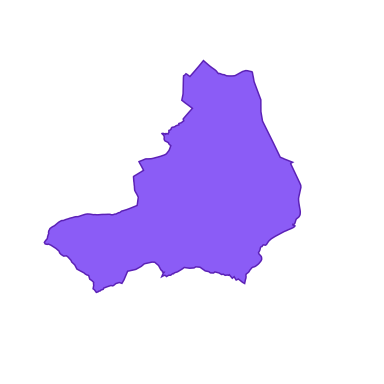 Stefanesti, Arges, Romania, rotated 209°
{"feature_id": "2599482B40982611727809", "entity_name": "Stefanesti", "entity_type": "district", "adm_level": 2, "iso_a3": "ROU", "parent_name": "Romania", "parent_adm1": "Arges", "projection": "natural_earth1", "projection_center": [24.947, 44.876], "detail": "fine", "context": "isolated", "style": "filled", "palette": "violet", "viewbox_px": 384, "rotation_deg": 209, "n_neighbors": 0, "source": "geoboundaries", "source_scale": "gbopen_adm2", "svg_char_len": 5951}
<svg xmlns="http://www.w3.org/2000/svg" viewBox="0 0 384 384"><g transform="rotate(209 192 192)"><path d="M245.7,312.5L247.1,304.8L248.0,300.5L248.0,300.4L249.8,292.0L252.1,292.3L253.7,292.5L254.6,292.5L254.8,291.7L255.1,290.4L255.7,289.6L254.9,287.8L250.8,280.0L247.9,274.5L247.4,273.5L247.2,273.0L245.4,267.3L241.1,266.6L237.9,266.2L232.2,265.4L233.3,260.5L233.8,258.1L234.4,255.3L234.9,252.9L235.1,251.5L234.0,250.6L233.8,250.4L233.7,250.1L234.0,249.7L235.0,247.3L235.1,247.2L236.7,245.5L236.3,244.8L236.3,244.5L236.1,244.4L238.1,242.2L238.4,241.5L238.7,240.8L238.9,240.6L239.0,240.5L239.5,240.0L239.7,239.7L240.1,239.4L240.3,239.3L240.7,239.1L240.9,238.5L241.0,238.1L241.0,237.9L241.0,237.7L240.9,237.5L241.0,237.3L240.8,236.8L240.9,236.4L240.9,236.1L241.1,235.7L242.0,234.8L242.0,234.5L241.9,234.2L241.6,233.8L241.3,233.5L241.1,233.1L241.1,232.8L241.2,232.4L241.3,231.7L241.1,231.2L241.9,230.9L243.2,230.5L243.3,230.3L243.2,229.9L242.8,229.7L242.5,229.4L242.7,229.5L243.0,229.5L243.5,229.6L243.9,229.7L244.7,229.5L245.3,229.4L246.0,229.1L246.4,228.8L246.6,228.6L246.3,228.4L246.0,228.3L245.7,228.2L245.2,228.1L244.6,228.0L244.2,227.8L243.9,227.6L243.6,227.4L243.3,227.1L243.2,226.9L242.8,226.4L242.6,226.1L242.5,225.9L242.5,225.7L242.4,225.5L242.3,225.3L242.2,225.1L242.1,224.8L241.9,224.7L241.2,224.0L240.9,223.8L240.3,223.6L240.0,223.6L238.6,223.7L237.1,223.7L236.7,223.8L236.5,223.7L236.3,223.5L236.0,223.2L235.5,222.9L235.0,222.7L234.3,222.5L233.9,222.4L233.3,222.4L233.1,222.4L233.0,222.2L232.9,221.7L232.8,221.0L232.6,220.0L232.3,217.8L232.3,217.4L232.3,216.8L232.7,214.3L232.8,213.7L232.9,213.2L233.1,212.6L233.4,212.1L233.6,211.7L234.0,211.2L234.7,210.3L235.7,209.3L236.3,208.5L237.5,207.3L239.2,205.6L240.2,204.7L241.7,203.2L242.8,202.2L243.4,201.7L243.6,201.5L244.5,200.9L246.1,199.9L247.2,199.3L248.5,198.5L248.9,198.1L251.1,195.3L251.7,194.6L253.1,192.9L252.2,192.2L248.5,189.9L246.5,188.6L245.2,187.7L244.9,187.4L247.4,183.0L249.2,179.8L249.7,179.0L250.2,178.0L250.6,177.4L250.6,177.2L250.5,176.8L250.4,176.7L249.6,175.5L249.1,174.7L247.8,172.8L247.3,172.2L246.0,170.2L245.0,168.9L244.8,168.5L243.9,167.1L243.1,165.9L242.9,165.7L242.5,165.4L241.7,164.8L239.2,163.3L236.7,161.6L236.5,161.4L236.4,161.2L236.2,160.8L235.5,158.9L234.1,155.4L233.6,153.9L233.5,153.6L234.5,152.3L238.8,147.0L240.7,144.8L243.4,142.0L244.3,141.2L245.2,139.0L246.2,138.3L246.8,137.4L247.8,135.9L249.1,135.0L249.6,134.3L250.7,133.4L251.1,133.2L251.8,132.9L252.7,132.8L253.4,132.5L254.5,131.9L256.1,130.9L257.8,129.9L258.7,129.4L260.2,128.5L262.1,127.2L263.5,126.3L264.2,125.9L265.9,125.2L267.1,124.4L268.5,123.9L270.5,123.2L272.8,122.1L274.6,120.7L276.5,118.7L278.5,116.5L279.7,115.2L281.6,114.1L282.9,113.0L284.2,111.6L285.9,110.1L287.5,108.3L289.0,106.8L290.6,104.8L292.3,103.7L294.0,100.9L295.9,95.9L297.3,93.8L298.5,91.2L298.4,90.0L298.4,88.4L297.8,86.9L297.1,86.1L297.1,85.1L296.9,84.3L296.6,82.8L296.2,81.9L296.0,80.6L296.4,79.2L296.6,77.6L296.7,76.3L295.2,75.4L293.2,76.0L292.4,76.8L290.0,77.1L283.6,76.7L279.5,75.8L278.3,74.6L276.2,73.9L273.2,73.7L270.9,75.3L268.9,75.0L264.5,73.5L263.4,72.5L259.2,71.4L255.3,68.8L247.3,68.9L245.5,68.5L243.5,68.5L242.7,68.8L241.8,68.8L239.2,66.2L236.8,66.0L234.2,65.3L233.7,64.0L232.7,62.7L231.6,59.4L230.0,59.2L227.0,57.8L225.7,59.2L225.4,60.1L224.4,60.9L224.0,62.2L222.5,63.8L222.6,65.2L220.7,67.5L217.6,70.9L215.8,71.5L215.2,72.4L214.2,75.0L211.7,77.6L209.0,78.1L208.9,82.1L209.9,91.5L206.0,94.9L203.6,97.1L200.3,102.4L198.9,106.1L193.0,111.3L190.6,112.5L185.6,111.5L183.3,110.0L181.2,108.7L180.0,108.6L179.0,107.7L177.5,108.3L177.8,106.9L177.4,103.3L176.0,105.5L174.9,106.1L173.3,105.7L172.1,107.8L170.3,108.9L169.3,111.3L168.5,111.5L168.2,112.8L166.0,115.1L163.4,119.6L162.2,122.2L157.1,124.2L153.4,126.6L152.4,128.4L148.5,130.1L142.2,129.4L138.7,130.5L136.7,130.2L133.9,131.6L133.2,133.2L129.1,134.3L126.1,134.2L124.8,135.3L122.6,135.2L120.9,136.5L119.6,136.9L119.3,137.7L114.9,136.1L114.1,138.3L110.7,136.4L109.2,138.4L104.0,137.5L101.6,137.5L102.7,141.0L103.1,142.8L103.6,144.0L104.6,145.5L104.8,146.6L104.3,147.7L103.8,148.9L103.6,149.5L103.5,150.8L103.5,151.7L103.3,152.8L103.1,153.7L103.0,154.5L102.5,155.6L101.6,156.4L100.7,157.5L100.2,158.4L99.8,159.3L99.2,160.7L98.8,162.0L98.6,163.1L98.5,163.7L98.3,164.6L98.3,166.1L98.4,166.8L98.7,167.4L99.1,168.0L99.6,168.7L100.1,169.1L100.9,169.5L101.6,169.7L102.6,170.1L103.4,170.3L104.0,170.8L104.4,171.1L104.4,171.5L104.4,172.6L104.4,173.4L104.5,174.4L104.6,174.6L104.8,175.3L105.0,176.0L105.2,176.7L105.1,177.3L104.8,177.9L104.3,178.3L104.3,178.8L104.3,179.6L104.1,180.0L103.9,180.4L103.4,180.6L102.8,180.8L102.1,181.0L101.6,181.8L101.4,182.2L101.3,184.3L101.0,186.6L99.9,189.7L97.7,193.6L92.1,202.3L90.7,204.0L89.7,205.4L87.3,208.4L86.1,210.2L85.6,211.4L85.5,212.2L87.9,212.1L88.0,212.6L87.9,212.6L87.5,212.9L87.4,212.9L87.2,213.2L87.0,213.7L86.9,213.9L86.9,214.6L87.5,217.5L87.6,218.0L87.7,218.4L87.7,218.5L87.6,218.8L87.6,219.0L87.5,219.4L86.7,221.3L86.6,221.5L86.4,222.4L86.4,223.0L86.4,223.3L86.4,224.0L86.5,224.2L86.6,224.9L86.7,225.0L86.9,225.5L87.0,225.8L87.5,226.8L87.9,227.5L88.8,228.7L91.0,231.4L93.2,234.2L94.2,235.6L94.8,236.5L95.5,237.7L95.8,238.3L96.2,239.5L96.4,240.1L97.1,242.5L97.9,245.1L98.9,248.5L99.1,249.0L99.5,249.6L99.8,250.0L100.0,250.4L100.4,250.8L103.2,252.9L119.2,264.4L119.6,264.9L118.4,266.8L122.2,266.3L127.4,265.6L128.2,265.6L131.7,265.2L144.3,274.1L164.7,288.2L170.7,295.7L176.5,306.0L191.1,318.5L191.3,318.7L193.6,321.6L196.0,324.4L196.7,325.3L197.4,326.1L198.1,326.2L200.7,325.4L202.2,325.0L203.8,324.3L205.0,323.1L206.2,321.9L207.9,319.2L208.7,317.9L209.5,316.6L210.1,315.7L210.7,314.7L211.9,313.8L213.1,313.0L214.5,312.2L215.8,311.5L218.1,310.4L219.4,310.3L220.7,310.2L222.3,309.5L225.2,309.1L226.2,308.5L226.3,308.4L227.2,308.7L228.3,309.1L229.1,309.5L230.2,309.8L231.2,310.0L232.9,310.2L234.9,310.4L236.2,310.6L237.7,310.8L239.2,311.1L243.4,312.0L245.7,312.5Z" fill="#8b5cf6" stroke="#5b21b6" stroke-width="1.5"/></g></svg>